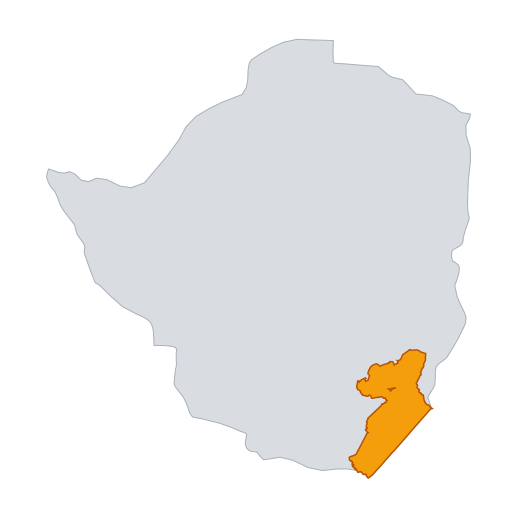 Chiredzi, Masvingo, Zimbabwe (highlighted), rotated 2°
{"feature_id": "62879985B37979176120849", "entity_name": "Chiredzi", "entity_type": "district", "adm_level": 2, "iso_a3": "ZWE", "parent_name": "Zimbabwe", "parent_adm1": "Masvingo", "projection": "natural_earth1", "projection_center": [31.656, -21.413], "detail": "fine", "context": "in_parent", "style": "filled", "palette": "amber", "viewbox_px": 512, "rotation_deg": 2, "n_neighbors": 0, "source": "geoboundaries", "source_scale": "gbopen_adm2", "svg_char_len": 7728}
<svg xmlns="http://www.w3.org/2000/svg" viewBox="0 0 512 512"><g transform="rotate(2 256 256)"><path d="M374.8,472.8L369.9,469.1L363.2,466.7L354.7,465.6L343.6,466.1L330.0,468.1L315.4,465.6L299.8,458.8L286.9,456.3L271.4,459.3L270.8,459.4L268.1,457.1L263.8,452.0L256.8,451.1L254.9,449.9L253.3,448.1L252.2,445.7L251.8,443.0L252.9,434.7L252.3,433.8L250.4,432.8L246.5,431.8L237.2,428.1L225.5,424.4L206.5,420.4L199.2,419.4L197.4,418.2L195.3,415.1L191.6,405.6L188.1,399.3L179.9,389.6L178.6,386.6L178.9,378.9L179.5,372.7L180.3,367.5L179.9,362.5L179.7,356.4L180.0,352.3L178.9,350.5L175.9,349.3L167.4,348.7L157.2,348.9L156.8,342.7L155.8,333.1L153.8,327.5L151.5,324.6L146.8,321.6L137.2,317.5L124.2,311.2L113.1,302.0L100.3,290.4L96.3,288.4L91.5,277.6L84.2,259.0L84.6,252.9L83.5,249.8L76.5,240.7L74.9,236.0L73.6,231.2L62.5,217.9L58.7,212.1L55.7,204.6L52.8,198.6L50.4,196.2L47.2,192.1L45.0,187.5L43.9,184.0L44.7,179.4L45.8,176.2L56.3,179.5L62.1,179.8L66.6,178.2L72.1,180.4L78.8,186.4L86.1,187.5L93.9,183.8L104.4,184.9L117.8,190.9L128.8,192.1L141.9,186.8L153.6,172.0L164.5,158.1L175.3,142.0L181.7,129.1L191.3,118.5L203.9,110.4L216.7,103.5L236.4,95.1L240.3,88.2L241.6,80.6L241.6,70.1L242.6,63.2L244.6,60.1L247.9,57.7L252.1,54.6L265.1,46.6L276.0,41.4L289.2,38.1L303.8,38.1L317.8,38.0L325.7,38.0L325.8,48.1L326.5,59.5L328.0,60.6L338.6,60.9L355.4,61.7L371.7,62.4L382.1,70.7L385.6,72.5L396.4,74.7L410.2,88.5L426.8,89.8L438.2,94.1L448.2,98.8L454.0,104.5L457.7,105.8L462.8,106.2L465.3,106.7L464.7,110.8L461.3,117.7L461.7,127.6L466.4,141.4L467.0,153.3L465.5,174.4L465.5,194.8L466.0,202.1L466.7,206.9L467.7,209.6L467.5,212.6L464.7,221.2L462.5,230.2L462.4,233.8L461.6,236.3L459.9,238.6L452.7,242.8L451.5,245.3L451.5,250.0L452.4,253.9L455.1,255.4L458.3,257.6L459.6,260.5L459.6,263.6L458.6,269.3L455.7,278.8L458.5,289.7L461.8,296.8L466.2,305.0L468.1,310.0L467.9,313.6L467.3,317.2L460.6,332.1L455.7,341.4L449.8,351.4L442.0,357.6L440.0,360.6L439.2,364.0L439.5,371.5L439.1,379.3L432.5,391.3L436.6,401.6L435.6,402.6L433.4,404.1L423.8,415.7L414.2,427.4L407.1,436.0L399.1,445.8L390.1,456.8L382.4,466.1L374.8,472.8Z" fill="#d9dde1" stroke="#a8b0b8" stroke-width="1"/><path d="M365.3,468.6L365.7,468.7L366.2,468.4L367.2,468.0L367.8,468.0L368.6,468.1L369.0,468.2L369.2,468.4L369.6,469.0L369.7,469.4L369.9,469.8L370.1,470.0L370.6,470.3L370.9,470.5L371.5,470.5L371.9,470.5L372.4,470.2L372.7,470.2L373.5,470.3L374.0,470.9L374.4,471.9L374.7,472.9L374.8,473.1L375.7,473.6L375.9,474.0L379.5,471.3L384.8,465.0L386.3,463.3L386.4,463.2L399.5,447.1L400.2,446.5L413.3,430.5L419.4,422.9L429.3,410.8L435.7,402.9L435.9,402.8L436.3,402.8L437.0,402.5L437.6,402.3L437.5,402.2L437.1,402.2L436.9,402.1L436.6,401.9L436.5,401.7L435.9,401.4L435.3,400.7L435.1,400.2L434.6,399.4L434.1,399.2L433.7,398.9L432.9,398.8L432.5,398.5L432.0,398.5L431.6,398.3L431.2,397.9L431.0,397.5L430.8,397.2L430.2,396.8L429.8,396.0L429.9,395.5L429.3,394.9L429.0,394.4L428.9,393.8L428.8,392.8L428.1,389.6L428.0,389.2L427.7,388.9L427.3,388.7L427.0,388.7L426.7,388.8L426.3,388.8L426.2,388.5L426.1,387.9L426.0,387.6L425.5,387.5L425.2,387.0L425.0,386.9L424.6,386.9L424.4,386.8L424.1,386.8L423.9,386.6L423.5,385.9L423.4,385.4L423.4,385.2L423.7,385.0L423.9,384.8L424.0,384.3L423.9,384.0L423.6,383.6L422.8,383.0L422.3,382.8L421.9,382.4L421.7,381.8L421.6,381.7L421.6,381.1L421.9,380.0L421.8,379.2L421.3,378.6L420.9,378.5L420.8,378.1L420.7,378.0L420.7,377.8L420.7,377.4L420.9,377.0L421.4,376.3L421.7,375.6L421.8,375.5L421.8,375.1L421.9,374.9L421.8,374.6L422.0,374.3L422.3,374.0L422.4,373.7L423.3,372.2L423.5,371.5L423.6,371.0L423.7,370.7L424.0,369.9L424.4,369.7L424.8,369.4L425.0,369.1L425.1,368.7L425.2,368.4L425.2,368.2L424.7,367.6L424.6,367.4L424.7,367.1L424.6,366.9L424.7,366.6L424.9,366.5L424.9,365.8L425.1,365.1L425.4,364.3L425.6,364.2L425.7,363.9L425.5,363.2L425.7,362.7L426.1,362.3L426.4,362.2L426.8,362.0L427.2,361.2L427.5,359.7L427.3,358.3L427.3,358.1L427.3,357.8L427.5,357.4L427.9,357.0L428.0,356.7L428.2,356.4L428.2,356.1L428.5,355.2L428.8,354.7L429.0,354.1L428.9,352.4L428.9,352.1L428.8,351.7L428.7,351.4L428.7,351.1L428.9,350.6L429.0,349.6L429.0,348.8L428.8,347.4L428.4,347.4L427.3,347.2L426.7,346.9L426.4,346.8L426.2,346.7L423.9,346.2L423.6,346.1L423.5,345.9L423.2,345.7L422.8,345.2L421.6,344.7L421.3,344.5L419.6,344.3L418.9,344.3L418.5,344.4L417.9,344.4L417.2,344.5L416.7,344.6L415.6,344.7L414.2,344.7L413.6,344.5L413.4,344.2L413.1,344.2L412.9,344.3L412.4,344.7L411.9,344.9L411.7,345.2L411.5,345.4L406.0,349.6L405.3,351.5L405.0,352.4L404.0,354.5L401.9,355.6L401.1,355.6L401.5,355.9L401.4,356.1L401.6,356.2L401.5,356.3L401.4,356.8L401.4,357.1L401.6,357.7L401.5,357.8L401.4,357.7L401.4,357.9L401.4,358.1L399.8,358.9L398.4,359.5L398.0,360.1L396.4,356.9L393.4,356.9L392.4,358.3L392.3,358.1L391.7,358.4L391.9,358.5L389.2,359.5L387.0,360.2L383.9,361.8L381.1,359.8L379.8,359.6L376.9,360.8L374.7,362.5L372.6,366.4L372.7,366.8L372.3,367.7L372.0,369.1L372.1,369.4L372.1,369.8L372.3,370.3L372.7,370.5L373.2,370.9L373.6,371.4L373.7,371.7L373.3,372.7L372.3,376.2L369.9,377.4L369.2,375.2L370.1,374.4L369.4,374.0L368.5,374.7L367.5,375.1L366.8,375.4L366.3,375.6L364.6,377.1L363.7,378.3L363.6,378.1L363.4,377.9L363.5,377.6L363.3,377.4L363.0,377.5L362.9,377.4L362.6,377.8L362.4,377.7L362.0,377.5L361.3,382.4L361.2,383.7L361.6,384.1L361.9,385.1L362.3,385.5L362.5,386.0L363.7,386.5L364.3,386.9L364.8,387.1L365.0,387.2L365.1,387.5L365.1,388.4L365.5,388.9L365.7,389.2L366.0,389.9L366.3,390.2L366.8,390.4L367.0,390.6L367.3,391.1L367.5,391.5L368.0,391.7L368.9,391.5L369.4,391.6L370.3,391.9L370.6,392.1L372.0,392.3L373.2,392.1L373.6,391.2L374.4,391.2L375.4,391.5L375.9,392.3L376.1,393.5L376.7,394.1L378.3,394.0L379.6,393.5L383.5,392.9L385.2,392.6L386.1,392.1L387.0,392.4L387.5,392.9L387.7,393.0L388.2,393.6L388.4,393.7L389.0,393.7L389.4,393.6L389.8,393.3L390.0,393.3L390.3,393.6L390.3,393.9L390.4,394.3L390.6,394.6L390.9,394.9L391.2,395.1L391.5,395.3L391.6,395.6L392.1,396.0L391.9,396.2L391.8,396.3L391.7,396.1L391.3,396.2L391.2,396.5L391.2,396.8L391.1,397.0L391.0,397.5L390.7,397.6L390.8,397.9L390.2,398.1L389.6,398.2L389.4,398.5L389.2,398.6L389.0,398.8L389.0,398.7L388.9,398.9L388.4,399.0L387.8,399.3L387.7,399.4L387.6,399.6L387.4,399.7L387.2,399.6L386.9,399.6L386.7,400.1L386.6,400.5L386.6,400.9L386.5,401.0L386.4,401.2L386.2,401.3L384.6,403.0L373.6,414.1L373.6,414.6L373.4,415.0L372.7,417.1L372.3,417.8L372.5,418.6L372.8,418.9L372.7,419.5L372.8,419.7L372.7,419.9L372.8,420.1L372.8,420.3L372.7,420.7L372.3,421.0L372.1,422.9L372.6,423.5L372.6,423.8L372.9,423.8L372.8,424.0L373.0,424.1L372.8,424.5L372.7,424.5L372.1,424.9L372.0,425.4L371.6,425.6L371.6,426.0L371.6,426.3L372.5,426.8L372.6,427.1L373.3,428.2L373.7,428.5L374.2,428.7L373.1,429.5L372.6,430.3L372.5,430.8L362.8,450.9L360.5,452.0L359.1,452.7L358.5,452.7L357.9,453.1L357.0,453.5L356.4,453.8L356.2,454.2L356.4,454.9L356.4,455.7L356.7,456.9L357.2,457.2L357.7,457.3L358.3,457.3L358.6,457.8L358.5,458.1L359.1,458.3L359.4,458.3L359.5,458.4L359.5,458.7L359.7,459.4L359.5,459.6L359.3,460.2L359.8,460.2L359.9,460.3L359.9,460.5L359.7,461.0L359.5,461.4L359.8,461.5L359.9,461.3L360.3,461.0L360.5,461.0L360.8,461.1L361.1,461.3L361.1,461.5L361.0,461.8L360.9,462.1L360.6,462.1L360.3,461.9L360.1,461.9L360.1,462.1L360.0,462.3L359.9,462.6L360.0,462.6L359.9,462.9L359.9,463.0L360.1,463.2L360.5,463.1L360.8,463.2L360.9,463.9L361.1,464.1L361.4,464.1L361.8,464.0L362.1,464.1L361.9,464.4L361.9,464.6L362.0,464.8L361.9,465.1L362.0,465.3L362.5,465.3L362.9,465.8L363.1,465.8L363.5,465.5L363.8,465.7L363.7,466.1L363.9,466.3L364.3,466.9L364.5,467.1L364.6,467.5L365.3,468.5L365.3,468.6ZM393.0,384.4L399.5,382.8L399.7,383.1L398.8,383.4L397.6,384.0L396.8,384.1L396.7,384.3L396.5,384.5L396.3,385.0L395.4,386.3L393.8,384.8L393.0,384.4Z" fill="#f59e0b" stroke="#b45309" stroke-width="1.5"/></g></svg>